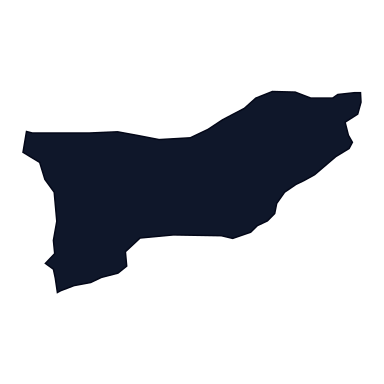 Gagnef, Dalarna, Sweden
{"feature_id": "70781695B69393603078099", "entity_name": "Gagnef", "entity_type": "district", "adm_level": 2, "iso_a3": "SWE", "parent_name": "Sweden", "parent_adm1": "Dalarna", "projection": "equal_earth", "projection_center": [14.938, 60.467], "detail": "fine", "context": "isolated", "style": "filled", "palette": "ink", "viewbox_px": 384, "rotation_deg": 0, "n_neighbors": 0, "source": "geoboundaries", "source_scale": "gbopen_adm2", "svg_char_len": 813}
<svg xmlns="http://www.w3.org/2000/svg" viewBox="0 0 384 384"><path d="M26.5,131.5L23.0,152.3L39.7,162.4L44.9,179.4L54.2,192.2L56.8,221.3L53.4,240.4L54.7,253.6L45.4,263.4L53.4,269.2L55.3,278.2L57.4,292.5L60.7,290.7L74.0,285.6L90.7,282.5L101.4,277.4L118.0,273.1L126.7,266.1L125.4,251.7L140.1,238.0L173.4,234.9L221.4,235.7L232.7,238.4L250.7,232.2L257.4,225.6L267.4,220.9L269.4,218.9L274.7,213.5L276.7,203.4L284.6,192.2L296.0,184.4L303.9,180.6L314.6,174.7L335.8,156.6L349.1,148.5L352.4,142.3L348.4,135.3L345.1,122.2L357.7,114.1L361.0,102.2L360.5,92.7L354.4,92.7L337.8,94.5L332.6,98.1L310.8,98.1L295.2,92.1L272.4,91.5L255.8,98.1L244.4,108.3L222.5,119.8L208.0,129.4L190.3,137.8L159.1,139.6L137.3,135.4L117.6,131.8L89.5,133.0L59.4,133.0L32.3,133.0L26.5,131.5Z" fill="#0f172a" stroke="#020617" stroke-width="1.5"/></svg>